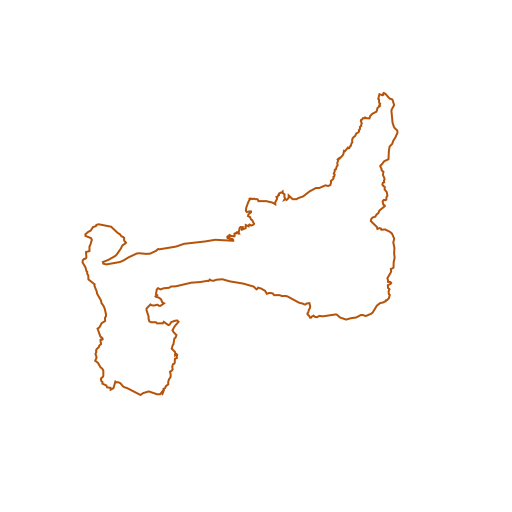 San Luis, Tolima, Colombia (Albers equal-area conic projection), rotated 239°
{"feature_id": "7082276B12035827893700", "entity_name": "San Luis", "entity_type": "district", "adm_level": 2, "iso_a3": "COL", "parent_name": "Colombia", "parent_adm1": "Tolima", "projection": "albers", "projection_center": [-75.105, 4.126], "detail": "fine", "context": "isolated", "style": "outline", "palette": "amber", "viewbox_px": 512, "rotation_deg": 239, "n_neighbors": 0, "source": "geoboundaries", "source_scale": "gbopen_adm2", "svg_char_len": 6104}
<svg xmlns="http://www.w3.org/2000/svg" viewBox="0 0 512 512"><g transform="rotate(239 256 256)"><path d="M186.0,104.8L188.5,108.0L189.7,108.3L189.6,110.0L190.8,111.6L191.2,114.7L193.3,115.9L195.0,117.8L196.4,120.6L198.5,121.9L201.1,122.7L201.0,124.4L201.6,126.1L204.1,127.1L206.0,129.0L205.8,130.4L206.3,131.3L209.6,133.5L209.3,135.6L210.7,136.3L211.9,137.6L212.9,137.3L212.6,135.6L215.3,137.2L219.9,136.0L222.4,138.6L222.8,139.7L227.3,143.5L227.4,144.9L229.2,147.1L232.8,146.2L235.3,146.1L237.6,150.0L239.5,155.7L241.3,155.3L242.3,153.0L243.0,149.2L241.7,146.8L241.9,145.3L247.1,143.0L246.3,141.4L249.2,136.5L250.9,136.0L253.1,132.1L254.9,130.9L257.8,131.7L259.5,132.8L265.8,134.2L267.4,135.2L268.8,140.6L267.7,141.0L266.2,142.8L264.9,146.6L263.5,147.0L262.5,148.3L262.8,152.8L264.7,151.8L267.9,152.3L270.6,151.1L272.6,149.2L273.2,149.1L273.4,151.1L274.8,150.6L278.4,153.7L278.9,155.4L276.5,157.0L275.9,160.2L273.5,165.2L273.6,167.4L271.3,171.7L266.5,186.7L262.3,195.0L259.7,201.7L259.0,202.4L259.6,204.2L258.0,205.0L256.6,206.9L256.1,209.7L253.4,215.2L247.9,220.3L238.8,231.0L230.9,238.3L227.2,239.2L227.0,239.7L227.8,241.5L225.5,243.6L221.6,245.8L217.9,245.9L217.6,248.1L216.8,249.4L215.2,251.1L213.4,251.3L212.8,251.8L210.3,256.1L208.3,257.6L206.6,260.7L205.1,262.2L193.7,268.9L191.2,271.5L189.6,272.5L189.0,273.4L189.2,274.9L188.1,277.5L184.9,276.5L183.5,275.3L182.8,273.8L180.7,271.7L180.3,270.5L179.1,270.1L177.9,270.7L175.2,270.6L174.8,271.3L175.3,272.6L175.2,274.6L173.4,275.2L172.2,276.6L172.0,279.5L169.9,282.1L164.9,294.2L164.1,295.1L160.1,296.3L155.1,300.5L153.8,305.3L151.7,310.2L151.4,315.4L150.3,317.2L148.0,319.2L147.2,325.0L147.5,327.0L151.2,334.0L151.7,338.1L150.6,341.4L150.7,343.0L150.3,343.8L151.1,344.7L150.7,345.8L151.4,348.2L153.7,350.6L154.7,350.2L157.4,351.4L158.8,353.3L160.6,352.7L162.7,353.7L163.1,354.1L162.8,357.0L163.2,358.0L164.5,357.8L165.9,355.8L166.9,356.6L169.3,357.2L172.4,362.9L173.3,364.0L175.4,364.9L175.1,367.3L175.4,368.0L179.9,370.9L183.3,374.1L186.9,375.6L191.6,378.8L196.8,380.6L199.7,383.4L205.2,384.1L207.6,383.3L212.3,380.3L213.9,377.0L215.1,377.2L216.3,376.2L216.7,374.0L218.5,374.6L226.8,372.4L228.6,374.2L228.9,375.8L228.3,378.5L229.6,381.0L229.7,382.9L231.4,385.2L232.4,392.1L233.0,392.4L234.3,391.6L237.1,392.4L237.9,393.1L238.2,394.5L237.2,395.7L237.2,396.7L239.3,398.2L239.9,399.6L241.0,400.1L243.5,401.0L246.7,400.5L248.9,401.9L250.4,401.2L252.1,401.1L253.4,402.4L253.1,403.8L254.7,404.5L255.7,405.9L260.2,406.6L262.6,408.6L264.7,407.8L266.0,408.5L269.0,408.7L269.5,409.3L269.6,410.6L271.2,414.7L270.7,419.4L277.6,424.0L281.0,426.9L282.0,430.6L284.0,432.9L285.8,436.5L288.9,440.9L291.0,441.7L294.0,440.8L295.6,440.7L299.9,441.7L310.8,446.9L311.7,447.8L314.2,452.1L319.1,453.4L320.6,453.2L322.1,451.6L328.2,450.5L330.0,449.5L329.7,448.7L328.6,448.1L328.5,447.4L331.1,445.1L327.7,441.7L326.6,442.0L324.0,440.5L322.5,440.8L321.6,439.2L320.8,439.5L320.3,436.4L317.7,433.7L318.0,428.8L317.2,426.0L315.5,424.1L317.2,421.7L318.5,420.9L318.0,420.2L319.1,418.7L318.3,417.2L318.5,416.1L317.8,415.4L315.2,415.0L314.8,414.2L313.3,413.2L313.1,411.6L311.1,410.3L310.9,409.1L309.7,408.4L309.2,407.5L309.4,405.2L307.8,402.7L307.6,400.7L306.8,399.0L305.1,397.6L304.0,397.3L303.1,395.5L301.6,394.1L301.6,393.2L300.4,391.5L300.5,390.9L301.6,390.6L300.0,386.1L300.8,385.6L298.1,383.1L297.6,382.0L296.6,378.6L297.0,378.2L296.5,377.5L297.0,377.0L296.7,375.7L295.8,375.8L293.8,373.5L291.7,372.7L291.1,371.2L289.2,369.2L289.4,368.0L287.9,367.0L286.6,365.1L285.3,365.4L284.0,364.1L283.9,363.0L282.7,362.6L282.1,361.4L281.8,358.9L280.1,358.0L278.5,356.2L278.9,353.8L280.8,351.9L281.7,345.2L283.4,342.4L283.8,335.4L282.8,327.0L283.9,322.0L283.8,320.0L285.8,316.7L291.1,315.2L288.9,313.8L288.3,311.0L289.5,310.5L289.6,309.2L290.5,310.6L292.5,310.9L293.7,312.0L294.5,312.2L296.0,311.3L297.5,312.0L297.1,310.6L297.5,310.1L297.7,308.0L296.4,307.1L296.7,306.3L295.7,305.2L296.1,304.0L294.1,303.5L292.3,300.3L290.4,299.2L293.4,297.5L297.8,293.0L301.7,286.4L303.6,286.6L304.4,285.9L305.0,284.7L306.1,284.0L306.4,282.6L307.3,281.9L307.4,281.0L308.2,280.8L308.4,279.9L307.6,279.6L306.3,277.3L302.4,272.5L300.2,270.7L298.5,270.7L297.6,273.4L296.7,274.7L296.1,274.3L295.6,270.9L294.3,269.7L292.3,271.0L290.2,270.5L288.6,271.2L284.6,270.9L284.2,269.5L284.6,267.5L286.3,266.7L286.2,265.9L285.2,265.0L287.8,263.2L285.2,261.5L285.8,257.4L286.3,257.4L287.5,259.5L288.8,257.6L288.4,256.3L286.2,254.4L285.6,253.4L283.9,253.1L284.4,252.4L285.8,252.4L286.2,252.0L285.6,250.8L286.2,250.2L286.2,249.0L284.2,248.1L284.0,247.5L285.9,245.2L287.7,244.1L287.5,243.6L286.3,243.4L286.5,242.6L287.4,242.1L287.1,241.1L286.0,240.9L282.7,244.5L281.5,244.7L280.8,244.3L290.9,229.4L294.8,219.6L303.5,200.6L305.3,192.2L311.5,176.6L312.4,175.7L311.9,172.9L312.6,166.3L314.4,162.9L318.3,157.6L319.5,155.3L320.5,145.8L320.4,140.3L320.9,136.3L325.9,123.3L328.1,121.2L329.7,121.6L328.7,127.4L328.5,134.9L328.9,137.1L331.9,143.9L333.9,146.9L334.1,151.0L334.5,151.5L336.7,150.9L338.4,151.5L339.2,152.3L340.1,152.2L342.3,150.8L344.8,150.5L347.1,149.3L355.7,146.9L363.7,138.1L364.6,136.6L364.7,134.9L364.2,134.6L364.1,133.8L364.8,131.2L362.9,127.4L363.1,124.6L362.5,120.9L361.0,120.2L356.3,123.8L354.4,123.6L350.6,119.4L349.9,118.1L346.0,115.8L346.9,112.3L342.0,109.8L341.5,108.6L342.1,106.7L341.3,105.1L339.8,104.0L334.1,104.0L330.5,102.9L329.4,103.2L327.8,102.2L325.7,102.2L322.2,100.3L314.8,103.1L313.8,102.2L307.1,101.1L305.9,100.4L297.6,100.2L295.3,99.3L291.9,99.6L288.8,99.2L283.0,97.3L281.6,96.3L280.7,94.6L278.0,93.2L277.9,89.1L275.4,85.0L275.4,82.8L267.1,81.1L265.0,82.0L263.7,81.8L263.5,80.9L264.3,80.0L264.2,79.4L260.3,77.8L259.9,75.5L258.9,74.4L258.2,71.4L257.2,70.1L256.0,69.8L254.8,68.0L251.1,67.1L249.0,64.2L245.9,65.5L240.7,65.4L238.6,66.2L236.4,66.1L231.9,63.4L231.3,62.5L230.8,59.9L228.5,59.0L227.0,59.5L225.7,58.6L222.1,61.0L220.1,60.7L218.0,63.4L216.3,62.5L216.1,65.7L220.8,70.8L219.4,71.5L218.8,72.9L216.6,74.3L212.9,74.8L211.4,75.5L209.3,77.4L196.4,85.4L196.6,88.7L195.1,94.4L188.2,100.2L186.9,102.7L187.9,105.3L186.9,104.7L186.0,104.8Z" fill="none" stroke="#b45309" stroke-width="2"/></g></svg>